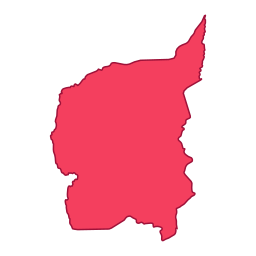 the Prefecture of Ouham
{"feature_id": "CAF-810", "entity_name": "Ouham", "entity_type": "Prefecture", "adm_level": 1, "iso_a3": "CAF", "parent_name": "Central African Republic", "parent_adm1": "", "projection": "robinson", "projection_center": [17.885, 7.097], "detail": "fine", "context": "isolated", "style": "filled", "palette": "rose", "viewbox_px": 256, "rotation_deg": 0, "n_neighbors": 0, "source": "natural_earth", "source_scale": "10m", "svg_char_len": 5749}
<svg xmlns="http://www.w3.org/2000/svg" viewBox="0 0 256 256"><path d="M140.5,60.3L168.8,59.5L174.0,58.2L175.9,55.1L175.9,51.6L177.2,48.7L179.4,46.5L182.2,45.0L186.0,43.5L187.1,42.8L188.5,41.5L191.2,36.8L193.3,34.5L194.2,33.2L194.8,31.4L195.4,30.0L201.9,21.7L204.5,15.8L205.2,15.4L205.4,15.7L204.7,17.8L204.7,19.0L205.4,19.9L205.4,22.9L205.0,24.2L204.4,25.0L205.0,26.0L205.2,26.6L205.0,27.1L204.5,28.5L204.5,29.0L204.6,29.5L205.2,31.6L205.1,32.0L204.5,32.3L204.2,32.6L204.1,33.1L204.3,34.6L204.2,35.0L203.9,35.3L203.3,35.7L203.3,36.1L203.4,37.8L203.3,38.6L203.1,39.0L202.4,40.1L201.9,41.3L201.8,42.1L201.8,42.7L202.1,43.3L202.9,44.0L204.0,44.4L204.2,45.0L204.5,48.6L204.8,49.7L204.8,50.1L204.6,50.5L203.9,51.2L203.9,51.6L203.9,52.0L204.4,53.6L204.3,54.1L204.1,54.5L203.5,55.2L203.5,55.6L203.9,56.2L204.2,56.8L204.1,57.3L203.4,59.3L203.2,59.7L202.9,60.1L202.5,60.9L202.4,61.5L202.4,63.0L202.0,64.2L202.1,64.7L202.5,65.5L202.5,65.9L202.4,66.2L202.1,66.9L201.6,67.3L200.3,68.0L199.8,68.5L199.9,68.8L200.1,69.0L200.8,69.7L200.9,70.1L200.9,70.5L200.8,70.9L200.6,71.1L199.9,71.5L199.6,71.8L199.3,72.3L199.3,72.7L199.8,73.7L200.0,74.2L200.0,74.6L199.9,75.0L199.2,76.1L199.1,76.6L199.4,78.3L199.5,78.6L200.0,79.0L200.6,79.1L201.4,78.9L201.5,79.1L200.8,79.9L187.2,87.7L184.1,90.8L183.3,93.3L190.2,115.8L190.3,117.3L190.0,117.7L189.5,118.1L187.0,119.3L186.5,119.6L186.0,120.2L185.8,120.7L185.8,122.5L185.7,123.1L185.5,123.5L184.8,124.3L182.6,125.8L182.0,126.5L181.9,127.0L182.1,127.4L183.8,128.2L184.1,128.8L184.1,129.3L183.8,129.7L182.9,130.2L182.4,130.8L181.9,132.0L181.1,135.2L180.9,135.8L180.6,136.2L179.5,137.0L178.9,137.5L178.3,138.6L178.3,139.4L178.6,140.3L180.2,141.7L181.1,142.7L181.7,143.8L182.8,147.8L183.0,148.4L183.3,148.6L184.3,148.7L184.6,148.8L184.8,149.0L184.4,150.1L184.0,151.3L184.1,152.4L184.6,153.5L185.7,154.6L187.0,155.6L188.3,156.5L191.3,157.8L191.7,158.2L192.1,158.8L192.4,159.9L192.3,160.7L192.1,161.3L191.5,161.8L188.2,163.7L187.1,164.5L186.2,165.8L185.6,166.8L184.6,170.8L184.1,171.9L184.0,172.4L184.2,173.2L185.1,174.7L191.0,181.3L191.6,182.4L191.9,183.4L191.7,187.6L191.8,189.5L192.0,190.9L192.3,191.8L192.9,192.4L194.3,193.0L194.8,193.3L194.9,193.8L194.7,194.5L193.9,195.3L191.9,196.3L191.4,196.6L190.2,198.0L187.9,199.9L184.4,203.8L183.3,204.6L181.2,205.9L180.0,206.9L176.5,208.5L176.4,208.8L176.4,209.4L176.6,210.7L176.7,211.9L176.6,213.1L175.9,215.2L175.7,216.6L175.7,217.9L176.2,219.8L176.4,221.0L176.4,224.5L177.0,228.3L176.3,228.0L175.9,228.3L175.8,228.8L175.9,230.5L175.8,231.5L175.6,232.5L175.3,233.3L174.9,234.0L174.2,234.7L168.7,238.0L165.6,239.2L163.3,240.5L162.7,240.6L162.3,240.5L161.8,239.8L161.7,239.1L161.8,236.5L161.6,235.5L161.4,234.7L160.5,233.0L160.2,232.2L160.1,231.6L160.2,231.0L160.5,230.7L161.6,229.9L162.0,229.3L162.1,228.9L162.1,228.5L162.0,228.2L161.7,227.8L161.2,227.4L160.4,227.0L159.3,226.7L157.8,226.4L155.8,226.5L154.8,226.7L154.0,227.0L153.7,227.0L153.4,226.6L153.3,226.2L153.1,224.3L152.9,223.8L152.5,223.4L151.8,223.2L150.5,223.1L145.3,223.6L144.5,223.9L144.2,223.9L143.8,223.8L142.7,222.8L142.1,222.5L141.4,222.3L140.6,222.5L139.2,223.1L138.4,223.2L137.7,223.1L136.9,222.7L136.6,222.3L136.4,221.8L136.4,220.6L136.2,219.8L135.9,219.3L132.5,217.6L131.2,216.6L130.3,216.2L129.2,216.1L127.3,216.6L126.3,217.4L125.5,218.2L124.5,219.7L124.0,220.2L111.5,228.0L109.0,229.0L77.7,229.6L74.1,229.1L72.6,228.7L71.4,225.8L70.0,223.7L69.8,222.5L69.9,218.9L69.3,218.3L68.9,217.0L68.7,215.6L68.3,214.3L67.7,213.5L67.3,212.9L67.1,212.4L66.9,211.7L66.3,207.5L66.4,205.6L65.7,204.1L65.3,201.8L65.3,201.3L65.3,200.7L65.6,200.0L65.9,199.8L66.9,200.0L67.2,199.9L68.1,198.9L68.2,198.6L68.2,198.3L67.8,197.5L67.5,196.5L67.4,194.1L67.6,191.5L67.7,190.4L67.8,189.1L68.1,187.5L68.4,186.8L68.8,186.2L69.1,186.0L69.4,186.0L69.7,186.1L70.4,186.6L71.0,186.1L72.0,186.1L72.2,185.9L72.5,185.0L72.9,184.3L72.9,183.9L72.5,182.7L72.6,182.0L72.8,181.6L73.1,181.3L73.9,181.4L74.1,181.2L74.6,180.2L75.0,179.7L75.6,179.3L76.2,179.2L76.7,179.5L76.9,179.5L77.2,179.4L77.4,179.1L77.6,178.3L77.8,176.0L77.7,175.5L77.4,175.0L77.0,174.7L75.9,174.3L75.7,174.1L75.3,173.6L74.5,172.9L73.9,172.7L72.8,173.4L72.5,173.5L72.2,173.4L71.1,173.0L69.8,173.2L69.2,173.0L68.9,172.9L68.6,173.1L68.4,173.3L68.3,174.4L68.1,174.7L67.9,174.8L66.9,174.8L66.0,175.2L65.4,175.1L64.8,174.8L64.2,174.3L63.5,173.2L63.2,173.1L62.5,173.0L62.2,172.8L61.7,172.3L61.5,171.9L60.9,169.9L60.6,169.2L60.2,168.6L59.9,168.5L58.4,168.1L57.9,167.6L57.3,164.7L57.0,164.1L56.7,163.7L56.3,163.7L56.0,163.4L55.7,162.5L55.5,160.4L55.3,157.7L54.8,155.0L53.9,152.4L53.6,151.4L53.4,149.4L53.5,144.3L53.5,143.8L52.9,142.9L52.8,142.4L52.6,140.8L52.3,140.2L52.1,139.9L51.3,139.3L51.1,138.8L50.6,136.2L50.6,135.8L50.9,135.3L51.0,135.2L51.5,135.0L51.8,134.8L51.9,134.4L51.7,133.2L51.8,132.7L51.9,132.3L52.3,132.1L53.4,131.8L53.7,131.6L54.4,129.9L54.6,129.6L55.6,128.8L55.8,128.3L56.2,126.8L56.4,125.3L56.2,123.7L56.0,122.9L55.4,121.5L55.5,120.8L55.6,119.8L56.7,116.5L56.9,115.8L57.2,110.6L57.3,109.7L57.5,109.0L58.0,107.7L58.0,106.9L58.5,105.7L59.9,104.8L60.1,104.5L60.4,103.8L60.4,102.7L60.1,101.9L59.4,100.8L59.3,100.3L59.3,99.6L59.8,96.7L59.5,95.0L59.4,94.8L60.8,93.5L61.6,93.6L61.9,93.5L62.0,92.9L61.5,92.2L61.4,91.7L61.9,90.3L62.6,89.3L63.6,88.7L66.1,87.9L68.9,87.4L70.2,87.5L70.6,86.6L71.2,86.2L71.9,86.1L73.8,86.5L74.0,86.2L74.0,85.6L74.3,84.9L75.2,84.0L76.4,84.5L77.2,84.9L77.5,85.4L77.9,85.4L78.8,84.7L80.1,83.4L82.4,80.3L83.5,79.1L84.0,79.0L84.5,79.1L85.0,78.7L85.2,77.4L85.6,76.6L86.5,75.6L87.5,74.7L96.3,71.2L97.6,70.3L98.4,69.2L101.5,70.2L102.2,69.7L102.8,68.0L103.9,67.2L105.2,66.8L107.5,66.5L108.9,66.1L110.1,65.4L111.4,63.3L112.7,62.8L114.1,62.7L115.3,62.8L124.1,64.5L126.8,64.6L129.4,64.1L134.5,61.9L140.5,60.3Z" fill="#f43f5e" stroke="#9f1239" stroke-width="1.5"/></svg>